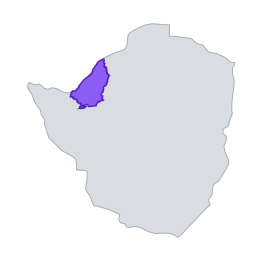 location of Binga, Matabeleland North, Zimbabwe, rotated 4°
{"feature_id": "62879985B54181646880786", "entity_name": "Binga", "entity_type": "district", "adm_level": 2, "iso_a3": "ZWE", "parent_name": "Zimbabwe", "parent_adm1": "Matabeleland North", "projection": "natural_earth1", "projection_center": [27.771, -17.692], "detail": "fine", "context": "in_parent", "style": "filled", "palette": "violet", "viewbox_px": 256, "rotation_deg": 4, "n_neighbors": 0, "source": "geoboundaries", "source_scale": "gbopen_adm2", "svg_char_len": 6024}
<svg xmlns="http://www.w3.org/2000/svg" viewBox="0 0 256 256"><g transform="rotate(4 128 128)"><path d="M185.0,233.7L182.6,231.9L179.4,230.8L175.2,230.2L169.8,230.4L163.2,231.4L156.1,230.2L148.6,226.9L142.3,225.7L134.8,227.2L134.5,227.2L133.1,226.1L131.1,223.6L127.7,223.2L126.7,222.6L126.0,221.7L125.5,220.5L125.3,219.2L125.9,215.2L125.6,214.8L124.6,214.3L122.8,213.8L118.3,212.0L112.6,210.2L103.4,208.3L99.8,207.8L98.9,207.2L97.9,205.7L96.1,201.1L94.5,198.0L90.5,193.3L89.9,191.8L90.1,188.1L90.4,185.1L90.8,182.5L90.6,180.1L90.5,177.1L90.7,175.1L90.1,174.3L88.7,173.6L84.6,173.4L79.6,173.5L79.4,170.5L79.0,165.8L78.0,163.1L76.9,161.7L74.6,160.2L70.0,158.2L63.7,155.2L58.3,150.6L52.1,145.0L50.2,144.1L47.9,138.8L44.4,129.8L44.6,126.8L44.1,125.3L40.7,120.9L39.9,118.6L39.3,116.3L33.9,109.8L32.1,106.9L30.7,103.3L29.3,100.4L28.1,99.2L26.6,97.2L25.5,95.0L25.0,93.3L25.4,91.0L25.9,89.5L31.0,91.1L33.8,91.2L36.0,90.4L38.7,91.5L42.0,94.4L45.5,95.0L49.3,93.2L54.4,93.7L60.9,96.7L66.3,97.2L72.6,94.6L78.3,87.5L83.7,80.7L89.0,72.9L92.2,66.6L96.8,61.4L103.0,57.5L109.2,54.1L118.8,50.1L120.8,46.7L121.4,43.0L121.4,37.9L121.9,34.6L122.9,33.1L124.5,31.9L126.6,30.4L132.9,26.5L138.2,24.0L144.7,22.3L151.7,22.3L158.5,22.3L162.4,22.3L162.4,27.2L162.7,32.8L163.5,33.3L168.6,33.4L176.8,33.8L184.7,34.2L189.7,38.2L191.4,39.1L196.7,40.1L203.3,46.8L211.4,47.5L216.9,49.6L221.8,51.9L224.6,54.6L226.4,55.2L228.9,55.4L230.1,55.7L229.8,57.7L228.1,61.0L228.3,65.9L230.5,72.6L230.8,78.4L230.0,88.6L230.0,98.5L230.2,102.1L230.5,104.4L231.0,105.7L230.9,107.2L229.5,111.4L228.4,115.7L228.4,117.5L227.9,118.7L227.1,119.8L223.6,121.9L223.0,123.1L223.0,125.4L223.4,127.3L224.7,128.0L226.3,129.1L226.9,130.5L226.9,132.0L226.4,134.8L224.9,139.4L226.3,144.7L227.9,148.1L230.0,152.1L230.9,154.6L230.8,156.3L230.5,158.0L227.2,165.3L224.8,169.8L221.9,174.7L218.1,177.7L217.1,179.2L216.7,180.8L216.8,184.5L216.6,188.2L213.3,194.1L215.3,199.1L214.8,199.6L213.7,200.3L209.0,205.9L204.3,211.7L200.8,215.8L196.9,220.6L192.5,225.9L188.7,230.5L185.0,233.7Z" fill="#d9dde1" stroke="#a8b0b8" stroke-width="1"/><path d="M105.3,77.2L105.2,77.2L105.0,76.9L105.0,76.7L105.0,76.3L105.0,76.2L104.9,76.0L104.8,75.8L104.7,75.7L104.2,75.6L104.0,75.4L103.9,75.4L103.7,75.2L103.8,75.1L103.6,74.8L103.5,74.6L103.4,74.6L103.3,74.8L103.2,74.8L103.2,74.5L103.2,74.3L103.0,74.1L103.2,73.7L103.0,73.4L103.0,73.2L102.8,73.0L102.7,73.0L102.6,72.9L102.4,72.8L102.4,72.6L102.5,72.5L102.8,72.6L103.0,72.6L102.4,72.3L102.4,72.2L102.6,72.0L102.6,71.9L102.4,71.8L102.2,71.6L102.3,71.5L102.7,71.5L102.7,71.4L102.8,71.3L102.7,71.2L102.3,70.9L102.2,70.8L102.2,70.4L102.1,69.9L102.3,69.7L102.5,69.3L102.4,69.2L102.2,69.1L101.9,69.0L101.6,69.0L101.3,69.3L101.1,69.3L101.1,69.2L101.0,68.9L100.9,68.9L101.0,68.8L101.1,68.6L100.5,67.8L100.4,67.8L100.1,67.9L99.9,68.2L99.7,68.1L99.5,67.9L99.5,67.7L99.9,67.5L100.0,67.3L100.0,66.6L99.9,66.2L100.0,65.9L100.3,65.7L100.4,65.4L99.9,65.4L99.5,65.3L99.5,65.2L99.7,64.9L99.5,64.7L99.2,64.2L99.3,63.7L99.5,63.1L99.5,62.8L99.4,62.7L99.4,62.4L99.4,61.8L99.4,61.4L99.2,61.1L99.0,60.8L98.4,61.1L96.5,62.3L95.4,62.8L94.0,63.6L93.2,65.0L92.9,65.4L92.0,67.3L91.8,67.4L90.6,69.4L90.2,70.1L89.1,71.7L88.9,72.5L88.8,73.1L88.7,73.8L88.6,75.0L86.9,77.2L86.8,77.5L86.6,77.7L80.6,83.1L75.9,89.8L76.2,90.8L74.3,92.8L73.4,94.3L73.2,94.7L72.6,94.5L72.1,94.7L71.7,94.9L71.2,94.8L70.9,95.0L70.4,95.0L70.1,95.2L70.1,95.3L70.1,95.6L70.0,95.8L69.8,95.8L69.6,96.0L69.0,96.2L69.0,96.3L69.1,96.5L69.1,96.9L69.2,97.1L69.0,97.3L69.1,97.7L69.2,97.9L69.2,98.1L69.1,98.3L68.7,98.5L68.6,98.8L68.6,99.0L68.5,99.3L68.5,99.7L68.5,99.9L68.2,100.3L68.2,100.5L68.3,100.6L68.5,100.6L68.6,101.0L71.3,100.9L71.4,101.3L71.0,101.8L71.2,102.4L71.7,102.6L71.8,102.8L72.0,102.7L72.6,102.8L73.2,102.7L73.2,102.8L73.3,103.0L73.5,103.0L73.6,103.3L73.8,103.2L74.1,103.2L74.3,103.2L75.0,103.3L75.3,103.3L75.3,103.6L75.4,103.9L75.3,104.2L75.3,104.3L75.4,104.5L75.2,104.9L75.2,105.0L75.2,105.3L75.3,105.4L75.5,105.4L75.9,105.3L76.0,105.3L76.1,105.7L76.2,106.0L76.3,106.1L76.5,106.0L77.1,106.4L77.2,106.5L77.4,106.9L77.5,107.0L77.9,106.9L78.3,106.9L78.5,106.8L78.8,106.8L79.2,106.6L79.3,107.3L79.1,107.7L79.3,107.8L79.7,107.9L79.9,108.0L79.9,108.4L79.9,108.7L80.0,109.2L80.0,109.3L80.0,109.5L79.5,109.5L79.3,109.6L79.0,109.7L78.8,109.8L78.4,110.1L78.4,110.8L78.4,111.1L78.0,111.6L78.6,111.4L79.0,111.6L79.0,111.8L79.5,111.8L79.5,111.6L79.9,111.5L80.0,111.5L80.0,111.4L80.3,111.6L81.4,111.5L82.4,111.5L84.4,109.7L81.2,109.6L80.9,108.8L82.7,108.3L85.3,107.5L85.8,107.4L86.4,108.1L87.4,109.3L92.0,108.5L94.7,108.0L94.8,106.5L95.0,106.2L95.3,105.8L95.3,105.7L95.3,105.4L95.7,105.2L95.9,104.9L96.0,104.6L96.1,104.4L96.1,104.5L96.1,104.4L96.2,104.5L96.3,104.4L96.5,104.5L96.6,104.4L96.8,104.2L97.0,104.1L97.1,103.9L97.3,103.9L97.4,103.6L97.5,103.5L97.9,103.4L98.1,103.5L98.3,103.4L98.5,103.4L98.7,102.9L99.3,102.4L100.2,102.3L101.0,102.4L101.4,102.1L101.5,101.9L101.4,101.9L100.9,101.7L100.5,101.6L100.0,101.6L100.0,101.2L99.9,101.0L99.9,100.6L100.5,100.3L100.4,99.4L100.5,99.2L100.4,98.9L100.4,98.2L100.5,97.8L100.2,97.7L99.9,97.6L99.6,97.9L99.4,97.9L99.3,97.5L99.1,97.2L98.8,96.5L98.9,95.9L99.2,95.4L99.8,94.7L99.9,94.1L100.0,94.0L100.4,94.0L100.4,93.7L100.4,93.4L100.4,93.2L100.6,92.9L100.7,92.5L100.6,92.0L100.7,91.9L100.8,91.9L100.8,91.7L100.9,91.4L101.0,91.3L101.0,90.9L100.9,90.7L100.7,90.0L100.6,89.8L100.6,89.5L100.5,89.4L100.6,89.2L100.8,88.8L100.9,88.7L101.0,88.5L101.1,88.4L101.2,88.1L101.2,87.9L101.3,87.6L101.5,87.6L101.6,87.4L101.8,87.4L102.0,87.5L102.3,87.7L103.0,87.0L103.1,86.8L103.1,86.7L103.4,86.4L103.5,86.1L103.4,86.0L103.4,85.9L103.6,85.8L103.7,85.7L103.8,85.5L103.7,85.4L103.8,85.3L103.8,85.2L103.8,84.9L103.8,84.5L103.9,84.2L103.9,83.9L104.0,83.8L104.1,83.6L104.2,83.4L104.3,83.2L104.4,82.8L104.4,82.7L104.1,82.6L104.2,82.2L104.1,81.9L104.0,81.7L104.1,81.4L104.2,81.1L104.3,80.9L104.4,80.7L104.6,80.5L104.6,80.4L104.5,80.1L104.5,79.9L104.7,79.4L104.8,79.2L105.0,79.0L105.3,78.6L105.3,78.4L105.1,78.1L105.1,77.9L105.2,77.3L105.3,77.2Z" fill="#8b5cf6" stroke="#5b21b6" stroke-width="1.5"/></g></svg>